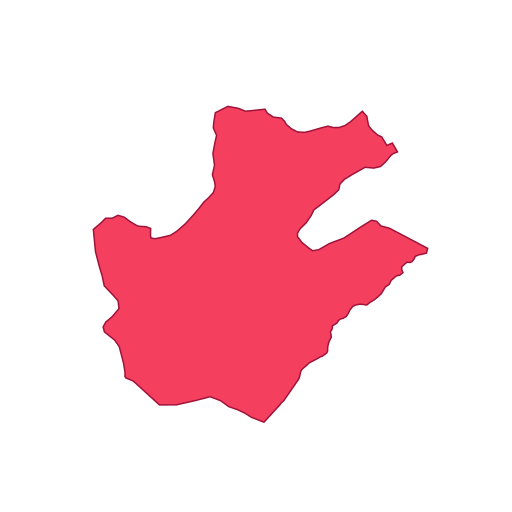 Telupid, Sabah, Malaysia, rotated 55°
{"feature_id": "92858781B69032818816249", "entity_name": "Telupid", "entity_type": "district", "adm_level": 2, "iso_a3": "MYS", "parent_name": "Malaysia", "parent_adm1": "Sabah", "projection": "equal_earth", "projection_center": [117.165, 5.794], "detail": "fine", "context": "isolated", "style": "filled", "palette": "rose", "viewbox_px": 512, "rotation_deg": 55, "n_neighbors": 0, "source": "geoboundaries", "source_scale": "gbopen_adm2", "svg_char_len": 2425}
<svg xmlns="http://www.w3.org/2000/svg" viewBox="0 0 512 512"><g transform="rotate(55 256 256)"><path d="M140.9,374.0L160.4,385.0L175.1,390.5L183.7,393.3L193.4,397.4L205.7,395.6L213.6,394.7L220.5,398.4L223.3,409.0L223.9,416.8L226.4,421.9L231.2,423.7L243.9,420.0L251.8,420.0L267.9,426.0L276.5,430.2L279.6,432.5L281.4,432.5L287.9,428.3L322.6,420.5L332.2,406.7L339.4,389.2L344.9,374.4L354.2,368.0L363.8,364.7L371.4,359.2L378.6,355.1L385.5,352.3L396.7,344.8L391.5,321.3L390.9,319.8L390.5,316.4L381.2,291.3L379.2,288.8L377.0,286.4L375.9,285.0L375.2,283.0L374.9,280.5L374.6,276.9L374.0,273.9L374.7,269.2L375.0,266.7L375.4,263.2L375.4,261.5L376.1,259.2L376.1,257.1L376.0,253.7L374.9,251.8L373.3,250.7L371.2,249.0L369.2,246.7L367.8,244.9L365.7,240.9L363.0,239.4L362.5,239.2L360.8,238.6L359.9,236.2L358.5,234.5L357.0,233.4L357.4,228.3L356.1,225.1L356.1,222.8L357.0,220.3L357.3,216.9L356.4,214.3L355.2,212.0L354.2,210.3L352.8,205.8L353.2,202.6L354.9,198.9L356.6,196.6L359.7,193.4L359.4,189.3L359.7,184.2L359.4,179.6L358.7,175.0L356.9,170.8L355.6,168.1L355.6,163.0L353.5,159.3L352.8,152.4L354.2,149.2L353.9,145.1L351.1,144.6L348.4,142.8L348.0,139.5L347.7,135.8L349.7,133.5L350.1,131.7L349.4,128.9L347.7,125.7L348.4,122.0L349.7,119.3L351.4,114.7L348.2,111.0L309.7,130.8L303.1,136.4L296.7,137.3L293.0,140.8L292.3,153.2L291.7,173.8L289.3,183.2L287.9,188.8L286.8,201.2L284.0,206.8L278.5,208.6L271.2,210.6L264.0,210.9L261.1,208.9L259.1,204.7L257.6,195.9L254.5,187.6L251.4,182.1L251.2,175.9L250.3,157.0L249.2,150.2L245.3,146.1L243.9,139.6L244.4,131.1L245.9,115.8L251.6,109.0L254.1,102.8L253.2,95.7L251.0,88.1L250.8,85.1L251.9,80.4L241.7,79.5L240.4,85.4L230.5,84.7L226.4,87.1L219.5,88.7L214.5,89.1L211.2,87.9L205.2,85.1L198.4,85.9L200.2,101.4L200.2,108.2L198.4,114.2L195.1,119.0L190.9,122.6L188.5,128.9L185.0,139.3L182.6,145.3L178.1,150.9L171.9,154.1L165.6,155.7L162.0,155.3L157.6,156.1L152.2,162.1L145.4,164.8L140.9,164.4L134.3,176.4L131.3,181.6L125.1,185.6L117.3,193.2L115.3,207.1L122.7,214.3L126.6,217.5L134.6,219.1L140.0,225.1L147.1,232.3L147.7,232.7L157.8,237.9L164.4,245.1L171.8,247.5L175.7,249.5L179.6,254.6L181.1,261.4L182.0,268.2L184.4,275.8L186.4,283.4L189.1,295.4L190.3,306.9L190.0,314.1L187.0,321.7L184.1,328.5L181.1,331.7L178.4,330.5L173.0,326.5L168.9,329.3L164.1,335.3L162.0,336.5L155.8,339.3L148.6,341.7L143.5,345.7L142.6,352.0L138.8,357.6L140.0,364.0L140.9,374.0Z" fill="#f43f5e" stroke="#9f1239" stroke-width="1.5"/></g></svg>